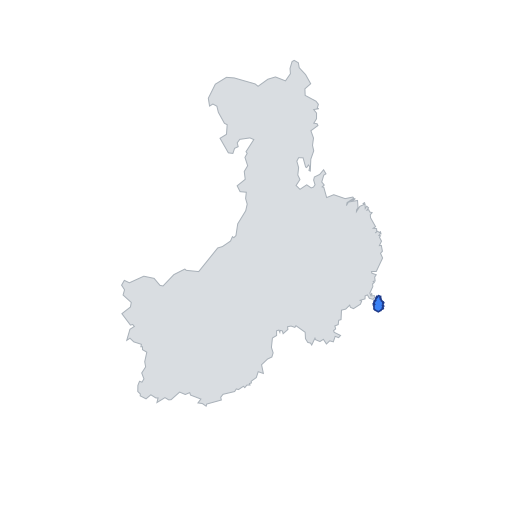 where Hainan sits in China, rotated 306°
{"feature_id": "CHN-1775", "entity_name": "Hainan", "entity_type": "Province", "adm_level": 1, "iso_a3": "CHN", "parent_name": "China", "parent_adm1": "", "projection": "mercator", "projection_center": [109.857, 19.166], "detail": "fine", "context": "in_parent", "style": "filled", "palette": "blue", "viewbox_px": 512, "rotation_deg": 306, "n_neighbors": 0, "source": "natural_earth", "source_scale": "10m", "svg_char_len": 7158}
<svg xmlns="http://www.w3.org/2000/svg" viewBox="0 0 512 512"><g transform="rotate(306 256 256)"><path d="M278.4,368.8L270.7,365.8L270.0,362.5L271.3,360.7L265.8,359.8L262.4,357.0L254.5,362.2L252.6,360.7L248.8,362.8L245.8,360.9L243.8,363.3L241.3,362.6L240.2,364.1L241.4,371.1L238.5,370.8L237.5,367.3L232.0,369.0L230.7,365.5L226.2,364.7L228.2,359.5L224.4,358.0L223.3,353.4L224.2,352.0L216.7,353.4L217.6,351.3L216.5,348.7L218.2,344.6L223.2,340.6L223.1,329.3L221.1,329.4L219.9,325.5L217.3,323.1L215.3,325.0L209.1,323.6L210.9,321.3L210.0,319.3L208.2,320.2L209.5,318.0L207.6,316.6L203.8,319.4L199.3,317.5L191.1,322.2L187.7,326.8L183.6,328.2L179.4,325.9L171.3,324.4L165.3,331.0L163.7,325.8L157.8,327.7L151.8,325.7L150.6,326.9L149.0,325.6L148.1,327.0L146.2,324.5L142.9,324.3L143.2,322.4L137.6,320.3L136.9,318.2L133.8,318.4L124.7,310.6L121.0,310.5L119.1,312.6L107.3,303.2L105.2,303.9L105.1,299.3L103.0,295.4L107.9,295.5L105.0,284.8L106.5,282.7L102.4,280.2L101.0,274.2L89.9,271.8L88.3,270.0L87.9,265.6L79.2,262.0L83.6,260.2L82.3,258.5L81.9,252.5L75.8,251.0L74.8,244.5L76.4,243.5L76.9,240.0L81.9,236.5L86.2,235.4L86.9,237.9L90.7,237.6L94.2,232.3L101.4,231.9L105.1,228.1L114.0,224.2L113.5,219.2L115.8,217.6L114.9,216.2L117.2,215.2L114.7,207.6L115.4,202.4L111.8,201.0L122.6,197.1L127.5,199.0L128.1,196.5L126.3,195.0L130.5,181.4L140.9,184.4L145.1,182.4L146.3,171.4L151.4,169.5L153.4,164.4L158.9,163.8L159.9,169.3L173.7,177.1L178.0,186.7L175.8,195.6L177.1,198.4L192.7,200.5L203.6,206.1L203.4,208.0L209.7,218.8L240.0,220.3L243.9,223.3L253.1,226.6L257.8,225.6L257.8,227.3L260.7,227.8L271.3,222.3L286.5,221.1L292.8,218.4L296.4,213.8L301.9,210.7L298.7,205.3L301.7,199.5L311.7,202.2L317.5,196.8L324.1,196.2L329.3,189.1L333.9,188.5L334.5,186.6L348.9,185.8L348.0,181.7L340.8,174.3L336.5,174.3L334.0,177.3L330.5,175.4L325.4,177.0L323.2,173.0L330.1,157.7L337.1,160.6L345.3,155.5L344.8,152.4L350.1,141.1L354.2,136.3L353.6,131.8L350.0,130.3L355.6,124.7L371.1,122.1L383.2,127.1L387.3,133.8L394.7,154.2L394.5,157.9L406.0,161.7L412.3,166.5L415.0,176.9L423.7,176.7L427.7,173.3L434.5,170.9L436.7,171.9L437.2,176.7L433.7,180.3L431.9,189.5L427.5,199.0L420.0,197.3L414.8,201.4L416.5,213.5L415.4,217.3L411.5,218.7L412.1,220.3L408.4,216.6L407.2,221.0L402.6,224.3L397.4,224.7L398.9,227.7L398.0,229.4L389.6,226.8L385.2,233.2L378.7,236.7L375.0,240.9L366.6,243.4L356.6,250.0L356.3,248.6L359.7,247.1L360.5,245.0L357.3,245.0L357.2,243.8L363.1,236.4L360.6,232.7L356.7,233.3L352.6,238.5L346.1,242.2L343.7,246.6L336.6,247.0L335.8,252.4L343.4,255.2L343.5,260.6L345.5,262.0L348.3,261.9L351.3,258.0L354.2,256.8L359.5,259.6L365.5,260.0L363.6,264.3L361.2,263.3L354.5,265.7L353.5,269.5L350.8,268.9L351.4,270.5L344.8,278.8L351.3,282.9L354.8,294.4L360.6,299.7L360.2,301.1L352.8,298.3L349.9,299.5L354.0,299.1L360.6,305.5L355.0,310.2L352.4,310.2L350.9,311.2L357.2,310.8L362.1,313.7L358.7,316.4L361.4,316.3L361.1,318.8L358.3,318.8L359.7,320.0L358.5,322.1L359.3,324.5L356.5,324.2L354.2,326.3L350.0,335.5L347.3,334.5L349.0,337.5L346.5,339.4L344.6,338.9L347.5,339.7L347.5,343.7L344.9,343.3L345.5,344.8L343.7,344.9L341.8,348.8L336.9,349.7L338.2,351.2L334.1,355.5L331.4,355.1L328.8,359.6L314.2,362.4L311.3,358.6L310.2,359.8L311.5,364.3L308.7,364.4L305.8,367.1L304.4,365.8L304.1,367.3L302.0,366.7L299.9,368.5L292.9,369.9L291.3,372.4L293.5,375.1L292.5,376.5L289.7,376.1L288.4,372.6L290.0,369.0L287.9,367.7L285.4,369.4L281.4,366.3L281.6,368.0L278.4,368.8ZM294.3,377.5L296.4,380.6L290.8,388.1L287.6,389.6L282.7,387.6L282.5,382.8L286.1,379.1L294.3,377.5ZM360.8,302.6L358.7,302.2L356.9,300.4L358.4,300.7L360.8,302.6ZM363.3,312.4L361.7,312.8L361.4,311.9L363.3,312.4ZM348.8,342.4L347.9,343.5L348.1,342.1L348.8,342.4ZM292.1,372.1L293.5,371.5L293.4,372.3L292.1,372.1Z" fill="#d9dde1" stroke="#a8b0b8" stroke-width="1"/><path d="M296.4,380.4L296.5,380.4L296.6,380.6L296.4,380.7L296.2,380.7L295.9,381.0L295.6,381.3L295.4,381.3L295.4,381.2L295.3,380.9L295.6,380.9L295.3,380.8L295.2,380.8L295.2,381.0L295.3,381.1L295.2,381.4L295.2,381.6L295.0,381.8L294.9,381.8L295.0,381.9L294.9,382.0L294.6,382.1L294.4,382.3L294.5,382.6L294.4,382.7L294.2,382.7L294.2,383.0L294.0,383.4L293.9,383.6L293.7,383.7L293.4,383.7L293.4,383.9L293.5,383.9L293.7,384.1L293.8,384.0L293.8,383.7L293.8,384.1L293.8,384.3L293.6,384.6L293.5,384.9L293.4,385.1L293.5,385.3L293.3,385.3L293.2,385.4L293.2,385.6L293.0,385.8L293.3,385.9L293.4,386.0L293.4,385.9L293.4,385.7L293.4,385.4L293.5,385.5L293.6,386.0L293.4,386.1L293.2,386.1L293.0,386.5L292.8,386.8L292.7,386.7L292.5,386.8L292.4,386.7L292.5,386.7L292.9,386.6L292.7,386.6L292.4,386.7L292.3,386.8L292.0,386.8L291.8,386.9L291.4,387.3L291.2,387.5L291.0,387.8L290.9,387.8L290.6,387.7L290.6,387.8L290.9,387.9L290.9,388.0L290.8,388.3L290.8,388.2L290.7,388.2L290.7,388.3L290.7,388.5L290.4,388.6L290.2,388.5L290.2,388.4L290.4,388.4L290.5,388.4L290.6,388.2L290.5,388.3L290.4,388.2L290.4,388.3L290.3,388.2L290.3,388.3L290.2,388.3L289.9,388.3L289.5,388.6L289.4,388.5L289.3,388.4L289.2,388.4L288.9,388.5L289.0,388.6L288.8,389.0L288.7,389.1L288.5,389.3L288.9,389.3L288.8,389.5L288.7,389.6L288.5,389.4L288.4,389.5L288.2,389.5L288.2,389.8L287.9,389.8L287.9,389.7L287.9,389.4L287.6,389.5L287.3,389.7L287.5,389.5L287.5,389.4L287.4,389.4L287.3,389.2L287.1,389.1L286.5,389.0L285.8,389.0L285.6,389.1L285.4,389.1L285.3,388.8L285.3,388.7L285.2,388.7L284.5,388.6L284.3,388.5L284.2,388.4L283.8,388.3L283.8,388.2L283.7,388.2L283.3,387.9L283.1,387.8L282.8,387.8L282.7,387.8L282.6,387.7L282.7,387.3L282.7,387.2L282.7,386.7L282.7,386.4L282.6,386.2L282.4,385.9L282.3,385.7L282.5,385.2L282.4,384.9L282.4,384.6L282.2,384.0L282.4,383.9L282.5,383.8L282.5,383.7L282.5,383.4L282.3,383.4L282.4,383.1L282.3,382.9L282.4,382.7L282.5,382.7L282.6,382.4L282.8,382.3L283.1,382.2L283.3,382.0L283.5,381.9L283.9,381.6L284.1,381.5L284.2,381.3L284.5,381.1L284.6,380.9L284.9,380.9L285.0,380.8L285.2,380.7L285.3,380.6L285.6,380.4L285.7,380.2L285.8,380.1L286.0,380.1L286.3,380.2L286.2,380.0L286.1,379.9L286.3,379.9L286.2,379.9L286.3,379.8L286.3,379.7L286.2,379.7L286.1,379.8L285.9,379.9L285.7,380.0L285.5,379.7L285.8,379.4L286.0,379.2L286.3,378.9L286.4,379.0L286.7,379.1L286.9,379.2L287.0,379.3L287.1,379.2L287.2,379.3L287.3,379.4L287.6,379.3L287.8,379.3L288.0,379.3L287.6,379.2L287.8,379.0L287.8,378.9L287.7,378.8L287.6,378.7L288.0,378.4L288.3,378.4L288.5,378.4L288.8,378.3L288.8,378.5L289.0,378.6L289.3,378.7L289.5,378.6L289.5,378.8L289.7,378.7L289.9,378.5L290.0,378.5L290.0,378.4L290.1,378.5L290.3,378.7L290.3,378.8L290.1,378.8L290.3,379.0L290.5,379.0L290.5,378.9L290.4,378.9L290.5,378.8L290.5,378.7L290.8,378.5L291.0,378.5L291.2,378.4L291.3,378.4L291.1,378.5L290.8,378.5L291.1,378.4L291.4,378.0L291.5,378.0L291.8,378.1L292.0,378.2L292.4,378.0L292.5,378.0L292.7,378.3L292.8,378.5L292.9,378.9L292.9,378.7L292.8,378.4L292.7,378.3L292.7,378.0L292.7,377.9L293.0,378.1L293.4,378.2L293.6,378.3L293.7,378.5L293.8,378.5L293.8,378.4L293.9,378.5L294.0,378.7L294.0,378.9L294.1,378.6L294.0,378.3L293.8,378.2L293.8,377.9L294.0,377.7L294.3,377.7L294.4,377.4L294.5,377.4L294.7,377.9L294.7,378.0L294.9,378.1L295.0,378.3L295.6,378.4L295.8,378.4L296.0,378.4L296.2,379.2L296.3,379.6L296.3,380.0L296.3,380.3L296.4,380.4Z" fill="#3b82f6" stroke="#1e3a8a" stroke-width="1.5"/></g></svg>